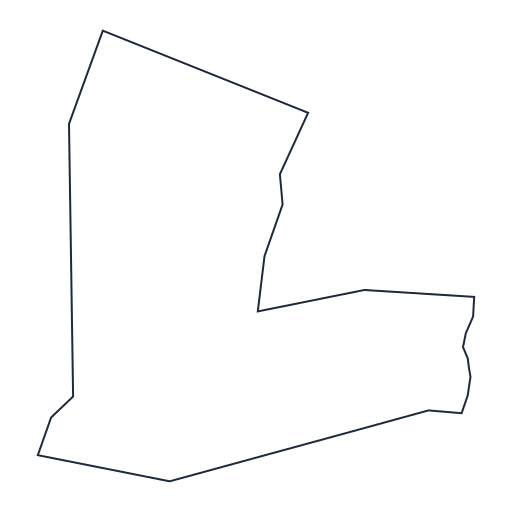 map outline of Sejong (orthographic projection)
{"feature_id": "KOR-5129", "entity_name": "Sejong", "entity_type": "Special self-governing city", "adm_level": 1, "iso_a3": "KOR", "parent_name": "South Korea", "parent_adm1": "", "projection": "orthographic", "projection_center": [127.244, 36.566], "detail": "fine", "context": "isolated", "style": "outline", "palette": "slate", "viewbox_px": 512, "rotation_deg": 0, "n_neighbors": 0, "source": "natural_earth", "source_scale": "10m", "svg_char_len": 421}
<svg xmlns="http://www.w3.org/2000/svg" viewBox="0 0 512 512"><path d="M102.8,30.7L308.1,112.8L279.9,174.2L282.6,204.5L264.5,256.2L257.8,311.4L364.2,290.0L474.2,296.9L473.1,316.5L465.8,333.3L463.0,347.1L467.8,358.6L468.9,367.7L470.5,376.8L467.7,395.5L461.6,413.2L428.5,410.4L334.6,436.2L268.3,454.3L169.6,481.3L37.8,455.2L51.1,417.5L73.1,396.5L69.0,123.9L102.8,30.7Z" fill="none" stroke="#1e293b" stroke-width="2"/></svg>